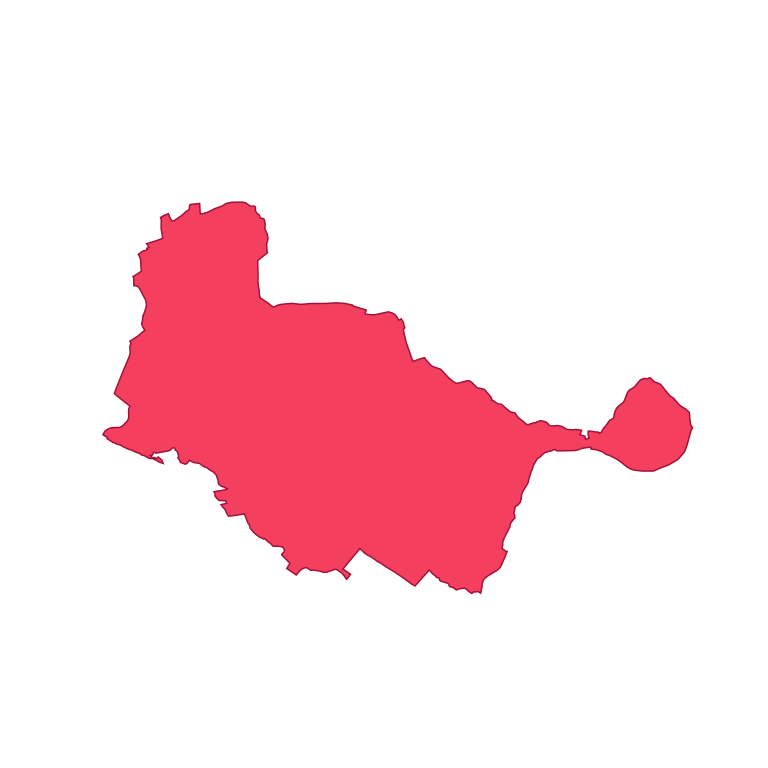 the district of Viisoara, Cluj, Romania, rotated 343°
{"feature_id": "2599482B98058077803275", "entity_name": "Viisoara", "entity_type": "district", "adm_level": 2, "iso_a3": "ROU", "parent_name": "Romania", "parent_adm1": "Cluj", "projection": "robinson", "projection_center": [23.931, 46.57], "detail": "fine", "context": "isolated", "style": "filled", "palette": "rose", "viewbox_px": 768, "rotation_deg": 343, "n_neighbors": 0, "source": "geoboundaries", "source_scale": "gbopen_adm2", "svg_char_len": 6171}
<svg xmlns="http://www.w3.org/2000/svg" viewBox="0 0 768 768"><g transform="rotate(343 384 384)"><path d="M415.3,612.3L418.2,607.0L419.5,603.9L421.3,601.1L422.2,600.2L423.4,599.4L427.4,597.8L437.5,595.3L440.6,593.9L442.5,592.4L449.5,584.3L452.8,580.1L451.4,579.3L448.9,575.8L449.0,575.2L450.7,572.3L451.0,570.5L451.8,569.2L453.8,566.6L462.4,557.7L464.0,554.5L466.8,552.3L469.9,550.4L470.4,549.2L470.6,547.5L470.4,545.4L473.8,539.6L474.1,539.3L476.5,539.0L479.5,537.1L481.4,534.5L483.1,530.3L484.0,529.0L486.0,526.7L491.3,522.1L493.2,520.2L494.8,517.1L498.9,511.2L501.7,507.7L502.7,505.9L508.8,500.2L511.8,499.5L515.9,497.3L518.2,496.6L524.6,496.8L528.1,496.4L529.2,497.9L530.1,498.6L547.2,503.5L551.0,503.7L554.2,503.4L563.2,504.7L562.9,506.5L563.1,506.9L567.8,508.9L570.3,510.7L572.9,512.6L576.0,516.4L578.7,518.2L582.5,521.8L585.3,524.7L587.6,527.7L592.3,534.6L595.5,537.9L598.8,539.9L605.9,542.9L616.6,546.1L623.5,545.1L628.9,544.9L633.9,544.3L642.5,542.2L643.7,541.7L650.8,537.3L652.0,536.2L654.1,533.5L656.1,530.8L664.0,518.3L666.2,516.0L665.4,512.3L666.5,505.5L667.2,503.2L667.6,500.2L665.0,495.8L663.0,493.8L660.3,490.3L656.9,482.6L653.5,478.0L648.3,465.0L646.8,463.9L645.9,462.7L644.1,461.9L642.8,460.2L640.4,455.9L639.1,455.7L637.6,456.2L634.4,454.7L633.6,454.7L630.2,455.1L622.8,459.9L618.8,461.2L617.8,461.1L614.7,463.0L612.0,466.2L610.4,468.5L608.1,471.0L607.4,471.6L603.1,473.1L599.5,475.1L597.2,477.4L595.4,480.1L594.0,483.1L593.2,483.9L589.2,484.7L584.0,488.7L580.8,490.7L577.6,493.8L575.9,493.5L575.5,494.0L575.3,493.3L574.3,492.3L572.6,492.0L570.7,490.8L565.6,488.7L564.6,491.1L564.2,493.6L564.2,495.7L560.6,495.7L560.9,492.7L556.7,489.9L559.5,486.1L554.0,483.5L552.0,483.3L546.3,481.2L545.2,480.4L541.8,476.6L537.4,474.3L531.6,473.2L529.9,471.7L528.6,468.7L527.9,467.8L526.1,466.5L523.2,465.0L522.2,464.8L520.2,464.9L517.4,465.4L516.2,464.9L510.0,465.0L508.5,464.3L506.4,460.8L502.9,455.9L501.9,453.8L500.9,450.2L500.5,449.7L497.3,448.0L496.0,446.7L490.5,437.9L490.1,437.5L487.8,436.8L485.4,434.3L483.7,431.9L482.1,430.6L482.7,429.3L482.6,428.3L479.1,419.9L478.3,418.5L475.2,416.5L472.4,415.3L471.9,414.6L468.6,408.4L466.9,406.2L465.3,405.4L463.2,405.1L454.7,404.9L453.1,404.1L451.6,402.7L448.0,397.6L442.5,386.5L435.7,381.5L434.6,380.1L433.8,378.8L430.6,371.8L430.6,370.8L428.1,370.5L418.2,370.8L417.4,350.7L418.1,340.1L418.4,338.2L419.2,336.7L420.1,336.5L420.4,336.0L420.2,333.9L420.5,332.3L420.4,330.0L419.5,326.7L416.8,327.4L415.6,322.6L414.5,320.5L412.4,318.3L409.3,316.3L395.9,315.1L393.1,314.5L386.6,311.7L387.0,310.3L388.6,308.1L377.6,300.6L377.3,299.7L376.9,299.3L370.5,295.7L363.9,293.1L361.6,292.3L351.8,289.9L337.7,285.7L327.9,283.6L319.3,279.9L307.9,277.6L305.1,277.6L301.1,278.2L299.2,276.3L296.9,272.8L290.9,265.5L291.0,261.8L291.8,258.8L293.1,250.2L295.5,242.7L299.2,229.2L301.5,228.1L311.0,224.4L311.1,222.1L312.7,215.8L314.6,212.9L315.7,210.6L316.2,206.8L315.5,201.2L315.6,200.3L316.8,197.3L317.2,195.7L317.6,191.9L317.1,190.6L314.9,189.6L314.3,189.0L314.1,188.4L314.2,186.1L312.3,183.4L311.7,180.9L312.7,177.4L312.5,176.4L312.1,176.0L308.1,174.8L304.9,170.6L303.5,169.6L300.8,168.3L291.5,165.7L285.9,165.2L280.7,166.6L273.6,166.8L264.9,168.3L258.7,167.9L258.1,167.1L260.5,157.4L251.4,155.7L250.2,156.4L248.8,160.3L245.8,160.9L239.6,163.8L231.0,166.5L229.4,166.3L228.6,165.4L227.8,161.4L227.7,158.1L222.0,158.5L221.9,159.2L219.0,159.3L219.0,161.9L217.0,167.9L216.1,171.3L215.1,179.6L213.3,180.1L208.3,180.4L198.0,180.4L199.3,184.5L196.8,184.9L196.7,185.3L197.1,186.2L195.6,186.5L191.7,186.4L186.9,188.3L187.3,189.4L187.6,192.3L187.4,194.8L184.8,205.3L175.4,207.9L175.6,208.4L175.5,209.9L173.5,216.8L176.7,218.2L177.5,219.4L178.6,223.4L180.5,233.7L180.6,235.2L179.7,239.5L179.2,240.6L175.7,245.7L173.4,248.4L171.1,253.6L169.8,255.3L170.0,258.7L170.9,262.9L169.3,263.3L162.5,266.2L153.5,268.8L154.0,270.6L153.8,271.2L151.9,273.8L150.4,279.8L148.9,282.6L135.5,298.8L123.4,314.1L123.6,314.9L124.7,316.6L134.5,330.8L132.9,332.8L132.0,334.5L130.4,340.7L129.5,342.3L127.8,344.3L121.0,347.9L118.2,348.2L111.2,346.2L108.0,346.2L103.8,347.2L101.1,349.5L100.4,350.4L104.1,354.5L103.2,355.3L107.3,360.1L110.9,363.3L114.1,365.3L116.2,367.7L121.0,372.1L122.2,372.5L128.0,377.7L129.7,378.6L131.3,380.9L133.9,382.5L137.3,386.0L138.3,386.7L140.8,387.6L144.1,390.6L146.0,392.8L149.6,395.4L149.3,391.8L146.7,387.7L144.8,388.8L144.0,388.1L142.9,388.6L142.7,388.3L143.2,387.4L142.8,387.1L142.1,387.5L141.4,387.0L140.1,385.4L139.5,384.1L141.5,384.3L142.7,383.4L143.1,382.6L144.1,382.1L144.8,382.3L145.6,383.4L146.6,383.6L158.3,384.9L160.0,384.8L162.7,383.4L164.0,383.4L164.7,383.8L165.3,384.6L165.1,386.2L166.3,387.4L166.6,389.4L166.5,393.2L165.3,394.2L166.2,397.1L166.4,399.5L170.3,402.4L170.9,402.6L172.3,402.4L175.7,400.1L177.5,402.1L179.4,403.6L184.1,405.9L185.4,407.3L186.3,408.9L187.3,409.8L187.6,410.4L189.9,412.1L193.5,416.7L194.6,417.6L195.9,419.7L197.1,422.6L197.0,425.9L197.2,427.6L196.6,430.1L196.9,432.1L198.6,434.3L200.6,435.6L203.5,438.5L201.6,438.8L190.0,437.3L190.2,439.3L189.7,442.0L191.6,446.3L192.3,447.2L198.6,449.4L198.5,452.1L192.9,451.7L193.4,453.5L195.3,457.5L195.8,462.0L196.6,464.7L196.8,465.0L204.1,466.3L212.5,467.4L213.2,477.0L214.0,479.5L213.9,483.1L216.7,489.2L219.7,493.4L222.4,496.0L223.8,497.2L225.1,496.9L225.3,498.0L226.9,500.9L228.9,503.4L229.5,504.8L230.7,506.8L237.3,508.9L239.4,510.5L240.1,512.2L240.3,514.2L239.7,515.0L236.4,516.9L236.2,517.4L241.6,527.9L237.1,532.0L244.2,541.0L249.6,537.6L253.0,536.7L255.4,536.7L257.0,537.6L259.5,540.8L263.1,541.6L264.0,542.3L268.0,544.2L271.0,546.4L274.6,547.2L283.3,546.9L284.9,548.0L288.2,552.1L289.9,555.9L291.0,559.7L291.5,559.7L296.4,556.1L291.6,550.1L290.3,549.1L312.8,534.4L314.7,537.4L315.3,539.0L318.6,543.3L320.2,544.6L323.0,547.9L326.1,552.2L327.6,553.3L332.9,560.0L337.8,565.3L345.4,574.6L351.8,583.3L354.6,586.2L372.9,575.1L374.9,579.7L377.0,582.5L377.6,584.0L378.8,585.1L380.2,586.0L379.8,587.6L380.3,588.9L386.8,593.3L387.4,594.4L387.3,596.3L387.4,596.8L390.7,599.0L393.0,602.1L396.7,601.9L401.3,602.9L402.8,604.2L404.0,606.6L406.5,609.8L407.1,609.9L409.0,609.0L411.4,609.8L412.9,609.7L415.3,612.3Z" fill="#f43f5e" stroke="#9f1239" stroke-width="1.5"/></g></svg>